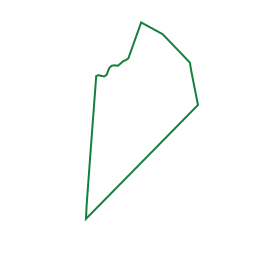 outline of Jardim de Angicos, Rio Grande do Norte, Brazil, rotated 207°
{"feature_id": "56859067B68671349546814", "entity_name": "Jardim de Angicos", "entity_type": "district", "adm_level": 2, "iso_a3": "BRA", "parent_name": "Brazil", "parent_adm1": "Rio Grande do Norte", "projection": "natural_earth1", "projection_center": [-35.96, -5.59], "detail": "fine", "context": "isolated", "style": "outline", "palette": "green", "viewbox_px": 256, "rotation_deg": 207, "n_neighbors": 0, "source": "geoboundaries", "source_scale": "gbopen_adm2", "svg_char_len": 471}
<svg xmlns="http://www.w3.org/2000/svg" viewBox="0 0 256 256"><g transform="rotate(207 128 128)"><path d="M179.9,159.9L148.3,84.4L129.8,40.4L124.2,28.0L80.3,167.0L76.1,180.3L77.7,182.3L96.8,206.6L102.5,214.3L114.0,218.4L139.7,227.3L164.2,228.0L159.3,190.3L160.6,187.7L162.5,185.6L164.1,181.6L165.4,178.7L168.2,177.9L170.7,176.2L171.9,173.2L171.6,168.8L171.1,165.8L172.6,163.2L175.0,162.4L178.1,161.8L179.9,159.9Z" fill="none" stroke="#15803d" stroke-width="2"/></g></svg>